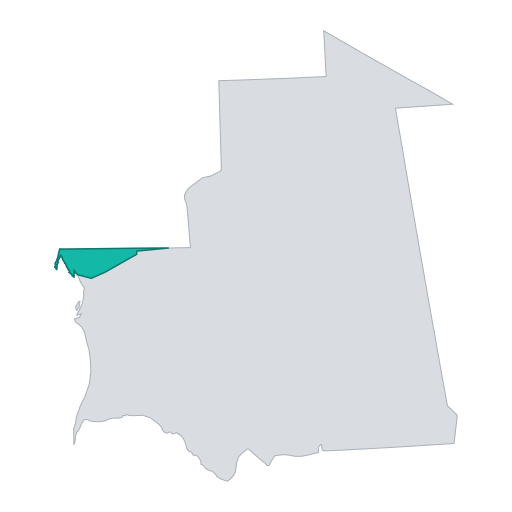 Nouadhibou, Dakhlet Nouadhibou, Mauritania (highlighted)
{"feature_id": "47542326B41685059019738", "entity_name": "Nouadhibou", "entity_type": "district", "adm_level": 2, "iso_a3": "MRT", "parent_name": "Mauritania", "parent_adm1": "Dakhlet Nouadhibou", "projection": "albers", "projection_center": [-16.719, 20.928], "detail": "fine", "context": "in_parent", "style": "filled", "palette": "teal", "viewbox_px": 512, "rotation_deg": 0, "n_neighbors": 0, "source": "geoboundaries", "source_scale": "gbopen_adm2", "svg_char_len": 4888}
<svg xmlns="http://www.w3.org/2000/svg" viewBox="0 0 512 512"><path d="M221.3,479.2L220.6,478.9L216.8,476.5L215.0,473.5L212.0,471.3L208.0,469.9L205.3,468.2L204.0,466.2L202.5,465.0L200.9,464.3L200.8,463.6L201.1,462.7L200.7,460.9L198.3,456.9L196.0,455.1L194.2,455.5L193.1,455.0L192.4,454.1L192.1,452.8L190.8,451.8L188.6,451.3L186.8,448.4L185.3,443.0L183.5,438.8L181.3,435.8L179.7,434.6L178.6,434.5L178.2,434.0L177.9,433.1L176.2,432.8L173.9,433.8L171.8,433.5L170.7,432.1L169.3,432.0L167.5,433.2L165.4,432.9L163.2,431.0L162.0,429.1L161.7,427.2L157.8,423.4L150.4,417.8L142.3,415.2L133.7,415.7L128.8,415.5L127.7,414.6L126.7,414.6L125.6,415.7L124.5,415.9L123.3,415.4L122.5,415.8L122.2,417.3L119.2,418.1L113.4,418.1L108.7,419.1L105.1,420.9L100.1,421.7L93.5,421.5L89.6,420.8L88.2,419.8L86.3,419.5L83.9,420.1L81.8,423.0L79.8,428.1L78.3,431.0L77.0,431.8L75.7,435.6L74.9,442.0L73.8,444.8L73.7,428.8L75.6,422.9L76.2,417.6L80.2,406.1L84.9,396.6L89.3,384.0L90.9,371.8L90.3,359.9L88.9,349.2L86.7,342.2L84.5,332.1L81.4,326.7L75.6,322.0L74.3,319.3L75.7,318.3L79.2,317.6L81.4,313.9L76.7,315.3L82.1,304.1L83.7,296.5L83.5,291.5L84.5,288.4L80.3,281.7L77.1,273.3L75.5,271.9L73.7,271.2L73.6,273.2L72.7,275.0L70.7,273.9L67.1,267.8L62.2,257.8L60.5,256.8L59.1,258.2L58.2,259.5L56.5,267.8L56.0,264.5L56.7,260.6L57.9,255.8L59.3,249.1L63.6,249.1L71.2,249.1L86.4,249.1L94.0,249.0L109.3,248.9L116.9,248.8L132.1,248.7L139.7,248.5L155.0,248.3L162.6,248.2L177.8,247.8L185.5,247.7L190.5,247.6L190.1,242.8L189.7,239.1L189.3,234.0L188.9,229.0L188.5,224.0L188.1,219.3L187.7,214.6L187.3,210.2L186.9,206.2L186.5,203.9L184.8,199.3L184.4,197.1L184.7,194.7L185.8,192.4L188.6,188.2L193.0,184.9L198.0,181.1L201.9,178.2L203.8,177.4L209.9,176.3L214.7,174.0L219.3,171.8L221.2,170.6L221.3,166.8L218.8,80.7L241.6,80.0L247.6,79.8L289.6,78.2L295.6,77.9L326.1,76.5L325.9,72.4L325.6,66.6L325.2,58.6L324.8,50.7L324.0,36.6L323.7,30.7L329.9,34.3L342.3,41.5L348.6,45.1L361.0,52.3L373.5,59.4L386.1,66.5L392.3,70.1L398.6,73.6L404.9,77.1L411.2,80.7L423.9,87.7L429.2,90.6L437.4,95.4L445.0,99.8L452.7,104.2L441.4,105.0L426.3,106.1L415.9,106.8L405.3,107.5L395.4,108.2L396.8,116.2L398.3,125.0L399.8,133.8L401.3,142.5L402.8,151.3L407.3,177.7L408.8,186.4L410.3,195.2L411.8,204.0L413.3,212.8L416.3,230.4L417.9,239.2L419.4,248.0L420.9,256.8L422.5,265.5L424.0,274.3L427.1,291.9L428.6,300.7L430.2,309.5L431.7,318.2L433.3,327.0L434.9,335.8L436.4,344.6L438.0,353.4L441.1,370.9L442.7,379.7L444.3,388.4L445.9,397.2L447.4,405.7L451.8,409.9L457.3,415.2L456.4,423.2L455.3,432.9L454.0,443.4L439.7,444.4L425.7,445.3L390.5,447.5L383.5,447.9L348.3,449.8L341.3,450.2L327.7,450.8L323.7,450.8L322.2,450.0L321.5,444.7L320.3,445.1L318.9,446.7L318.3,448.5L318.6,450.7L318.5,452.6L314.0,453.5L307.9,455.1L301.6,456.3L295.0,456.3L292.8,455.9L290.4,455.3L285.2,454.7L282.4,454.8L279.2,455.1L275.4,455.6L274.2,456.7L271.5,460.8L268.9,465.5L267.1,465.6L264.9,463.1L259.2,458.5L252.2,452.4L249.0,449.4L247.3,449.0L244.2,451.4L241.5,453.6L238.7,456.8L237.5,459.8L236.5,463.3L236.2,467.4L235.3,472.2L233.0,476.1L230.3,479.1L228.3,480.5L227.5,481.3L221.3,479.2ZM79.1,307.0L76.9,310.5L76.0,309.2L75.6,306.9L77.5,303.6L78.4,301.9L80.0,301.3L79.1,307.0Z" fill="#d9dde1" stroke="#a8b0b8" stroke-width="1"/><path d="M168.8,248.0L136.6,248.2L105.5,248.6L63.6,249.1L60.2,249.0L59.8,249.0L58.3,254.7L58.2,256.0L57.4,258.3L57.0,259.4L56.7,261.0L56.0,261.6L55.4,262.5L55.4,262.9L55.3,263.3L55.0,263.9L55.3,264.5L55.5,265.0L55.6,265.7L55.2,266.2L54.7,266.6L54.7,267.0L55.0,267.3L55.5,267.4L55.6,268.0L55.9,268.3L56.0,268.7L56.4,269.0L56.4,269.3L56.6,269.5L56.8,269.5L56.8,268.2L56.8,267.8L57.0,267.7L57.0,267.2L57.2,266.5L57.2,266.2L56.9,265.9L56.4,265.8L56.1,265.1L56.4,264.5L57.2,264.4L57.6,264.2L57.8,263.7L57.8,263.0L57.9,262.7L58.4,262.1L57.9,261.6L57.8,262.0L57.7,261.7L57.8,261.1L57.4,260.3L57.2,260.0L57.3,259.5L57.5,259.5L57.9,259.7L57.9,260.2L58.1,260.4L58.4,259.9L58.7,259.6L58.9,259.2L59.1,258.8L59.4,257.6L59.7,257.3L60.1,257.3L60.2,257.1L60.1,256.7L60.5,255.2L61.0,255.4L61.2,255.8L61.6,256.1L61.8,256.4L61.9,256.8L62.1,257.2L62.3,257.9L62.3,258.7L62.8,259.1L62.9,260.1L63.4,260.4L63.6,260.7L63.6,261.0L63.7,261.3L64.0,261.4L64.3,261.8L64.5,262.4L64.5,262.9L64.7,263.4L65.4,263.8L65.4,263.6L65.5,263.5L65.9,263.9L66.0,265.0L66.5,265.7L66.6,267.0L67.6,267.7L67.7,268.6L67.9,268.8L68.1,269.4L68.9,270.4L69.4,270.4L69.6,270.6L69.6,270.8L69.4,271.3L69.4,271.6L69.6,271.7L69.6,271.8L69.4,271.8L69.3,272.1L69.2,272.4L69.1,272.5L69.7,272.8L70.0,273.2L70.4,273.2L70.8,273.5L71.4,274.5L73.2,276.3L72.9,276.4L73.4,276.7L73.9,277.1L74.0,276.6L74.2,276.2L74.2,275.9L74.2,275.5L74.1,275.2L73.9,274.7L74.2,273.8L74.2,273.0L73.9,272.5L74.1,271.8L74.1,271.1L74.2,270.9L74.2,270.4L74.5,270.7L74.8,270.9L75.2,271.3L75.2,271.9L75.5,272.7L76.2,273.4L77.0,273.6L77.1,274.6L91.3,278.3L105.0,272.2L106.5,271.4L136.7,254.3L136.7,251.1L168.8,248.0Z" fill="#14b8a6" stroke="#0f766e" stroke-width="1.5"/></svg>